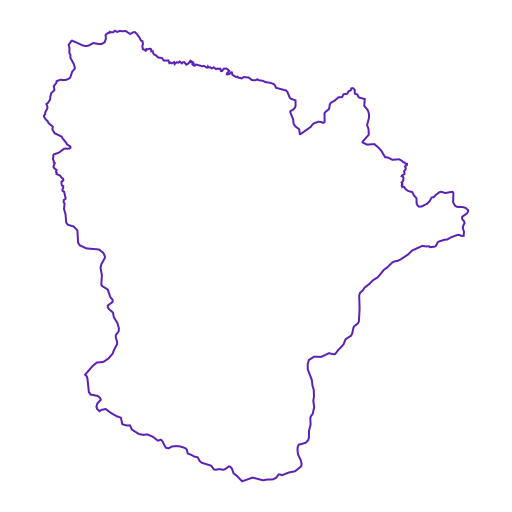 Song Khwae, Nan, Thailand (Robinson projection), rotated 180°
{"feature_id": "78962969B31957869244810", "entity_name": "Song Khwae", "entity_type": "district", "adm_level": 2, "iso_a3": "THA", "parent_name": "Thailand", "parent_adm1": "Nan", "projection": "robinson", "projection_center": [100.667, 19.412], "detail": "fine", "context": "isolated", "style": "outline", "palette": "violet", "viewbox_px": 512, "rotation_deg": 180, "n_neighbors": 0, "source": "geoboundaries", "source_scale": "gbopen_adm2", "svg_char_len": 6035}
<svg xmlns="http://www.w3.org/2000/svg" viewBox="0 0 512 512"><g transform="rotate(180 256 256)"><path d="M48.4,276.1L48.0,280.1L49.0,283.3L49.1,285.5L47.4,289.1L48.0,290.8L49.6,292.6L50.0,294.4L49.6,295.4L45.0,298.6L44.0,300.3L43.9,301.8L46.5,304.1L48.9,304.9L54.8,305.1L57.0,306.3L58.9,309.8L58.6,318.4L59.1,319.9L60.0,320.2L66.7,319.0L70.8,320.2L72.2,320.0L76.4,317.0L78.0,315.1L80.4,314.4L82.5,310.7L85.2,308.1L90.7,305.4L93.2,305.4L94.5,306.6L95.4,308.7L95.5,313.7L97.9,316.4L99.9,320.0L103.6,320.9L106.9,323.2L107.9,325.1L109.3,325.2L109.5,325.7L109.9,325.2L110.3,326.2L109.6,327.7L110.0,327.8L109.9,329.0L110.4,329.5L108.9,331.1L108.5,333.8L108.9,335.1L110.4,335.9L109.7,336.8L107.7,337.7L107.5,339.4L108.0,340.7L106.6,342.3L106.2,343.7L107.0,345.7L105.2,346.8L105.0,348.2L106.6,348.4L107.3,349.5L108.7,349.7L109.9,351.0L112.8,352.7L119.6,352.2L124.2,354.5L126.9,354.8L130.6,361.1L133.7,364.6L137.7,367.9L145.1,367.4L149.5,369.6L149.3,370.5L143.2,377.3L143.5,383.0L144.9,386.9L143.0,394.4L143.0,397.9L144.0,401.4L147.8,406.3L147.2,412.9L153.2,414.6L154.7,417.5L157.1,418.3L157.4,422.2L159.1,423.9L160.6,423.7L161.3,421.6L163.4,420.8L164.7,418.3L168.4,417.8L169.9,414.9L173.5,414.7L177.2,411.5L181.2,409.2L182.1,407.7L183.0,402.9L186.1,400.5L187.5,398.8L187.4,390.3L187.8,389.6L188.9,389.1L190.8,390.0L193.4,390.3L197.8,388.8L199.5,387.5L201.3,385.1L211.3,378.0L212.2,377.9L212.8,382.7L216.5,385.5L218.3,387.9L218.9,392.7L221.8,399.9L221.6,400.9L218.9,402.3L216.9,404.6L216.4,406.3L216.5,411.6L221.0,413.2L222.1,414.1L224.6,420.0L225.9,421.5L236.0,424.2L237.3,427.1L238.7,428.1L241.9,429.2L246.4,429.9L249.3,431.2L253.4,431.8L254.7,432.7L256.1,431.9L257.9,431.7L260.2,432.0L263.4,434.5L268.3,434.9L270.4,433.5L271.9,434.2L273.6,434.2L274.4,435.3L276.0,435.0L279.6,437.2L280.2,439.7L280.9,439.7L282.5,438.1L284.8,437.5L285.2,437.9L285.0,438.7L282.8,441.1L284.6,442.9L286.0,443.5L288.2,443.3L289.8,441.1L290.7,440.8L291.2,441.1L291.4,442.9L291.9,443.4L293.5,443.1L294.2,443.5L296.0,442.9L298.3,444.7L300.3,443.6L301.7,444.7L303.3,444.6L304.0,445.5L304.3,444.4L304.8,444.3L308.2,446.1L309.7,445.7L315.5,447.4L316.5,447.4L317.2,446.3L317.7,446.3L319.4,447.4L318.4,448.5L318.5,448.9L320.8,449.5L320.9,450.1L320.1,450.4L321.6,451.3L323.5,448.6L325.6,447.3L327.8,449.9L329.3,449.6L330.2,448.6L332.3,450.5L333.6,449.3L335.3,449.8L337.4,447.9L337.9,449.9L340.3,448.7L341.4,449.4L342.6,448.8L343.6,451.5L348.1,451.4L350.1,454.0L353.9,454.5L356.1,456.7L357.9,457.5L358.8,458.8L359.2,460.7L360.8,460.7L360.8,462.5L361.3,463.1L362.4,463.3L364.5,462.7L365.6,463.0L366.0,461.4L366.4,461.2L367.0,462.0L369.1,462.8L369.7,466.0L369.0,467.9L369.5,470.8L371.1,471.5L372.2,473.8L374.9,477.7L377.2,479.9L378.6,479.8L381.8,478.0L386.4,481.0L389.8,480.7L392.3,481.2L393.8,480.3L395.2,480.2L397.1,481.3L398.6,479.8L400.2,479.6L402.3,480.2L402.4,479.3L404.2,478.9L405.6,477.9L406.4,476.9L406.1,473.4L407.3,469.8L410.4,468.0L413.0,467.9L418.7,469.0L423.2,466.5L425.8,465.9L428.8,466.4L440.0,471.4L440.9,470.7L443.3,467.2L442.5,463.6L442.7,458.9L441.6,457.2L441.6,454.2L438.1,447.7L437.2,444.4L437.3,443.2L439.8,440.3L441.8,434.5L442.5,433.7L446.0,432.1L449.3,431.9L451.3,432.3L455.4,430.9L455.7,429.0L458.2,425.9L457.6,421.9L460.7,418.9L461.7,415.1L461.9,412.4L464.1,409.1L465.6,407.9L464.6,405.4L464.6,403.8L466.8,399.6L466.8,397.7L468.1,396.3L467.9,395.1L466.2,392.5L464.5,391.0L463.3,388.7L459.2,385.4L459.6,382.7L457.5,378.8L450.4,375.4L449.5,373.7L445.7,369.1L445.1,367.7L442.2,365.9L441.5,364.8L441.6,364.1L442.7,363.4L447.9,363.3L453.2,359.3L458.2,357.6L458.7,356.8L458.6,354.9L459.2,353.2L458.3,351.2L458.2,349.5L457.2,348.9L458.6,345.3L457.9,344.0L455.4,341.9L456.1,340.2L455.3,339.3L455.5,338.0L451.9,336.4L450.3,334.1L448.9,333.3L448.7,331.5L450.5,330.5L450.5,328.0L450.0,326.4L448.8,325.9L448.8,323.9L449.5,322.9L449.6,321.7L449.3,321.0L447.9,320.3L446.4,313.7L446.6,313.0L448.2,312.0L448.4,309.8L447.4,308.5L448.0,303.1L446.5,297.8L445.8,289.4L444.2,287.3L438.2,285.4L434.6,281.5L433.9,269.4L432.3,266.7L425.5,263.6L413.0,262.5L409.0,259.4L407.9,257.7L407.1,255.5L407.1,254.1L410.5,248.1L411.5,244.2L410.1,236.8L410.7,227.2L410.0,226.1L404.2,222.4L401.6,214.7L399.3,212.0L399.5,210.0L404.3,206.4L404.1,204.5L403.2,203.0L399.0,199.4L398.2,194.8L394.6,189.0L393.1,183.7L393.3,180.8L396.2,176.8L396.2,174.3L394.9,170.4L394.9,167.9L398.0,161.9L399.5,158.1L403.7,153.4L408.0,150.5L409.3,149.9L415.1,149.5L419.2,146.2L426.9,137.3L425.2,135.6L424.6,133.7L423.1,119.6L422.3,119.0L421.7,117.5L414.8,116.2L412.2,114.5L411.2,112.2L414.6,108.6L415.6,105.3L415.0,103.3L412.6,100.8L410.2,102.2L406.2,103.0L401.6,99.4L395.6,95.9L391.1,94.3L389.7,87.8L385.4,86.5L382.0,86.6L380.1,82.4L373.2,78.0L368.4,77.1L364.8,77.6L358.9,75.1L354.5,71.6L353.5,71.4L351.6,72.3L350.9,72.2L349.4,70.4L346.9,65.4L345.8,64.1L343.4,63.7L340.1,65.5L335.7,65.9L332.2,65.6L327.2,64.1L325.2,62.4L324.5,59.1L323.8,58.3L320.6,57.1L317.9,55.5L314.4,54.7L312.1,50.7L310.1,49.2L300.8,46.3L298.1,42.5L296.2,42.3L292.6,42.9L288.6,42.2L286.7,42.9L283.3,45.5L281.9,45.4L280.1,43.5L278.4,38.6L275.2,36.2L269.9,30.7L259.4,34.4L248.9,31.7L245.3,32.4L239.1,32.6L235.9,34.2L233.4,37.5L232.3,37.6L230.0,36.8L223.2,39.5L217.0,40.7L210.7,45.8L210.4,48.1L211.2,51.8L214.0,57.6L214.5,61.9L214.3,65.1L213.2,67.3L206.3,69.2L203.8,71.9L203.1,74.2L203.0,81.3L201.4,87.4L201.7,93.4L201.2,95.6L199.3,98.1L197.8,104.9L198.7,111.1L198.0,115.8L198.3,122.4L199.5,126.2L200.2,132.1L204.3,142.8L204.3,147.8L203.3,151.5L203.1,152.0L197.9,155.3L190.9,155.1L183.1,158.8L178.5,157.7L176.9,157.9L173.5,162.3L168.6,167.4L166.4,172.8L160.8,176.4L159.7,178.9L158.5,184.6L157.6,185.9L154.1,188.6L153.1,190.7L152.4,203.2L152.8,216.4L152.1,219.0L149.1,221.7L147.5,224.3L142.5,228.2L139.2,231.6L134.1,234.8L127.9,242.4L125.2,244.2L119.5,249.7L117.5,250.6L114.1,251.2L111.5,252.5L103.8,257.6L99.9,261.5L89.7,266.1L85.6,265.5L83.1,265.8L82.1,264.8L77.6,265.3L76.1,266.0L74.4,269.6L72.8,270.6L67.0,272.4L65.0,272.4L60.9,274.7L54.2,277.2L52.1,276.9L51.1,276.2L48.4,276.1Z" fill="none" stroke="#5b21b6" stroke-width="2"/></g></svg>